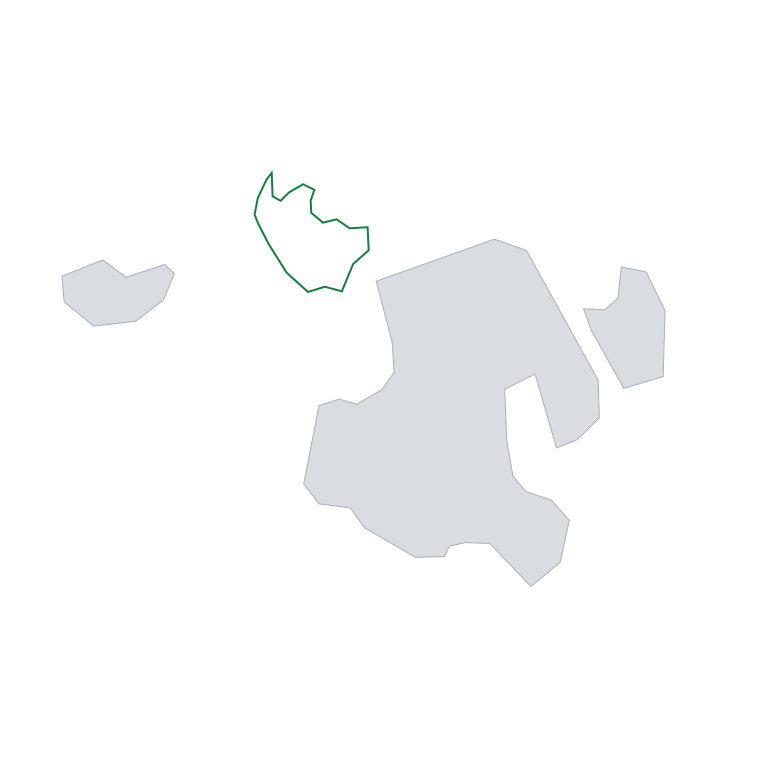 Lemland on a map of Aland (orthographic projection), rotated 166°
{"feature_id": "ALD-4818", "entity_name": "Lemland", "entity_type": "state/province", "adm_level": 1, "iso_a3": "ALA", "parent_name": "Aland", "parent_adm1": "", "projection": "orthographic", "projection_center": [20.133, 60.033], "detail": "fine", "context": "in_parent", "style": "outline", "palette": "green", "viewbox_px": 768, "rotation_deg": 166, "n_neighbors": 0, "source": "natural_earth", "source_scale": "10m", "svg_char_len": 1141}
<svg xmlns="http://www.w3.org/2000/svg" viewBox="0 0 768 768"><g transform="rotate(166 384 384)"><path d="M343.7,210.5L359.9,210.9L367.1,201.9L395.4,208.2L437.9,249.5L446.5,271.9L475.8,283.3L486.1,306.5L452.2,378.8L431.2,380.2L415.5,371.0L387.7,378.9L371.4,392.6L365.9,422.7L366.7,485.6L242.0,497.8L213.5,479.2L175.3,335.9L183.3,299.0L209.6,283.4L232.1,280.2L235.0,357.2L268.2,349.7L278.7,299.0L281.2,263.2L272.3,245.2L250.0,231.1L237.2,207.0L256.0,168.6L290.4,152.0L319.9,203.7L343.7,210.5ZM169.6,384.8L172.2,408.7L151.9,402.6L136.2,410.7L125.4,440.1L102.5,429.3L93.6,386.9L111.3,323.8L152.3,321.8L169.6,384.8ZM674.4,541.1L670.4,566.5L626.9,572.4L608.5,550.0L567.8,553.0L560.7,541.8L577.4,519.2L609.6,505.0L651.7,510.4L674.4,541.1Z" fill="#d9dde1" stroke="#a8b0b8" stroke-width="1"/><path d="M366.5,517.5L384.9,507.9L402.5,484.1L417.9,492.7L435.5,491.7L451.5,515.5L461.9,547.1L467.2,569.6L468.6,579.6L461.5,594.9L448.6,610.7L441.9,616.0L446.7,593.0L440.0,586.8L429.5,593.0L414.2,597.4L404.6,589.2L410.8,579.7L413.2,567.7L404.1,555.3L390.2,555.3L379.7,543.4L362.0,540.1L366.5,517.5Z" fill="none" stroke="#15803d" stroke-width="2"/></g></svg>